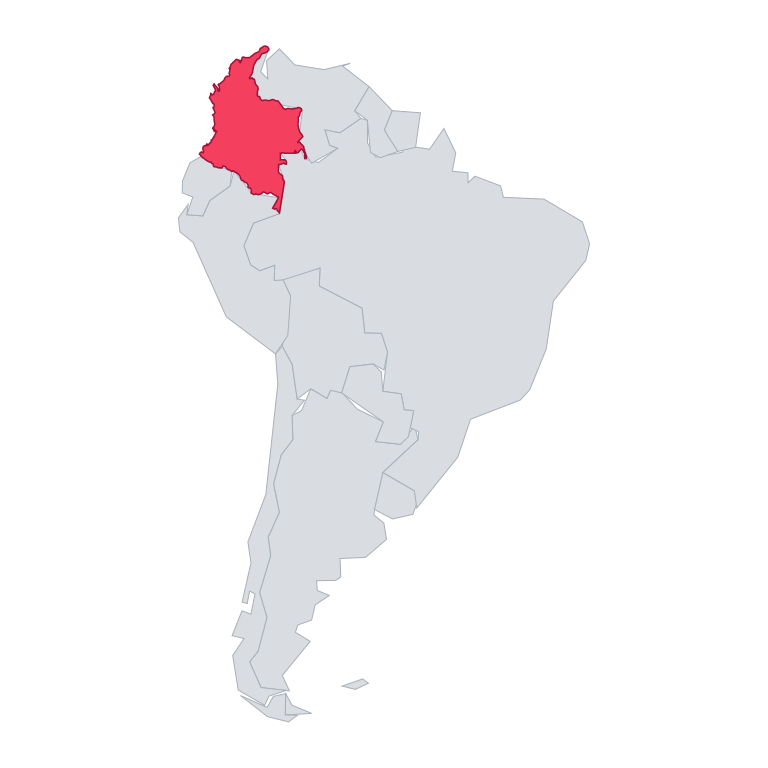 where Colombia sits in South America
{"feature_id": "COL", "entity_name": "Colombia", "entity_type": "country or territory", "adm_level": 0, "iso_a3": "COL", "parent_name": "South America", "parent_adm1": "", "projection": "robinson", "projection_center": [-72.763, 4.099], "detail": "fine", "context": "in_parent", "style": "filled", "palette": "rose", "viewbox_px": 768, "rotation_deg": 0, "n_neighbors": 12, "source": "natural_earth", "source_scale": "50m", "svg_char_len": 9972}
<svg xmlns="http://www.w3.org/2000/svg" viewBox="0 0 768 768"><path d="M285.7,693.6L292.0,705.2L311.7,713.4L285.2,715.0L285.7,693.6ZM382.9,472.5L373.7,514.7L383.9,523.2L386.5,539.3L365.5,557.4L340.0,558.5L340.8,576.9L335.7,580.4L316.5,580.7L317.3,590.5L329.3,595.5L315.2,604.8L311.6,620.0L297.8,625.0L295.4,632.3L310.2,641.4L282.3,675.4L289.4,690.9L261.1,687.6L249.6,661.8L258.0,651.3L266.9,617.5L259.6,592.5L270.6,555.8L268.2,536.9L279.3,512.3L273.5,484.0L281.1,455.0L292.9,439.4L292.0,415.6L301.5,410.6L310.8,388.7L327.0,398.4L330.5,390.3L340.4,390.7L357.3,409.2L383.4,422.0L375.5,441.6L400.4,444.3L414.6,425.9L418.1,439.6L382.9,472.5Z" fill="#d9dde1" stroke="#a8b0b8" stroke-width="1"/><path d="M285.7,693.6L285.2,715.0L297.5,715.2L288.5,721.9L267.6,716.7L240.4,695.5L267.0,707.4L273.4,696.4L285.7,693.6ZM282.3,346.2L292.2,364.4L297.2,399.1L304.5,400.2L292.0,415.6L292.9,439.4L281.1,455.0L273.5,484.0L279.3,512.3L268.2,536.9L270.6,555.8L259.6,592.5L266.9,617.5L258.0,651.3L249.6,661.8L261.1,687.6L286.2,690.4L269.0,696.1L264.6,705.3L238.2,690.0L232.7,655.5L244.0,638.5L232.1,635.7L242.0,610.8L250.9,614.2L255.0,593.8L249.6,591.1L247.2,603.5L242.1,602.1L251.0,562.8L247.9,541.9L265.8,494.6L277.8,384.3L275.5,353.9L282.3,346.2Z" fill="#d9dde1" stroke="#a8b0b8" stroke-width="1"/><path d="M342.1,686.1L362.7,678.9L368.4,683.2L355.4,689.4L342.1,686.1Z" fill="#d9dde1" stroke="#a8b0b8" stroke-width="1"/><path d="M382.9,472.5L414.4,490.8L418.8,497.6L412.9,514.3L392.5,519.0L374.5,509.5L382.9,472.5Z" fill="#d9dde1" stroke="#a8b0b8" stroke-width="1"/><path d="M416.8,508.0L414.4,490.8L382.9,472.5L418.1,439.6L418.6,431.6L410.2,427.8L413.7,410.6L404.2,409.9L401.2,393.9L382.8,391.3L387.5,352.1L381.4,333.4L364.7,333.0L362.0,308.2L319.3,286.1L320.0,268.0L294.1,280.5L274.1,280.5L274.7,265.3L259.7,270.9L250.6,265.0L243.9,245.6L253.5,223.1L280.0,213.4L284.2,181.6L278.9,165.0L286.0,160.6L280.7,153.3L300.8,150.0L305.0,159.1L318.4,162.5L337.6,148.4L329.6,145.4L324.8,129.8L340.0,132.7L360.8,118.4L367.4,120.3L367.5,142.9L375.9,157.2L402.7,152.2L402.9,145.3L429.6,149.2L443.9,128.4L455.8,153.0L452.3,171.2L467.9,172.8L468.1,182.8L474.9,176.2L500.6,185.9L503.4,197.3L544.0,199.1L582.4,221.9L589.6,243.8L585.8,260.4L553.4,301.0L546.2,349.1L529.7,389.8L520.2,400.1L470.5,419.2L457.8,457.1L416.8,508.0Z" fill="#d9dde1" stroke="#a8b0b8" stroke-width="1"/><path d="M283.1,279.9L320.0,268.0L319.3,286.1L362.0,308.2L364.7,333.0L381.4,333.4L387.5,352.1L384.0,370.1L373.2,364.0L349.9,366.7L341.7,392.9L330.5,390.3L327.0,398.4L310.8,388.7L297.2,399.1L292.2,364.4L282.3,346.2L290.6,296.0L283.1,279.9Z" fill="#d9dde1" stroke="#a8b0b8" stroke-width="1"/><path d="M280.0,213.4L253.5,223.1L243.9,245.6L250.6,265.0L259.7,270.9L274.7,265.3L274.1,280.5L283.1,279.9L290.6,296.0L287.8,335.4L275.5,353.9L226.3,316.9L193.0,242.3L179.9,231.8L178.4,217.8L188.1,204.5L186.9,214.7L202.8,215.9L209.9,200.4L230.1,186.0L234.0,171.0L252.0,193.5L278.6,197.7L272.9,207.8L280.0,213.4Z" fill="#d9dde1" stroke="#a8b0b8" stroke-width="1"/><path d="M360.8,118.4L340.0,132.7L324.8,129.8L329.6,145.4L337.6,148.4L311.5,163.2L298.4,142.2L302.5,109.5L261.7,100.5L249.9,78.9L253.4,65.9L261.6,54.3L267.2,52.7L260.7,71.8L267.8,79.0L266.6,60.7L279.4,48.8L294.8,64.9L323.9,69.6L350.3,63.3L342.8,66.2L369.1,86.7L354.7,110.8L360.8,118.4Z" fill="#d9dde1" stroke="#a8b0b8" stroke-width="1"/><path d="M397.9,151.4L380.2,157.7L370.5,152.5L367.4,120.3L354.7,110.8L369.1,86.7L392.3,110.7L384.5,129.8L397.9,151.4Z" fill="#d9dde1" stroke="#a8b0b8" stroke-width="1"/><path d="M415.6,147.3L397.9,151.4L388.5,137.1L384.5,129.8L392.3,110.7L420.4,112.8L415.6,147.3Z" fill="#d9dde1" stroke="#a8b0b8" stroke-width="1"/><path d="M231.6,171.9L230.1,186.0L209.9,200.4L202.8,215.9L186.9,214.7L192.8,197.0L182.2,192.9L182.5,181.0L190.0,162.7L200.9,156.6L231.6,171.9Z" fill="#d9dde1" stroke="#a8b0b8" stroke-width="1"/><path d="M381.3,372.1L382.8,391.3L401.2,393.9L404.2,409.9L413.7,410.6L408.5,436.6L400.4,444.3L375.5,441.6L383.4,422.0L341.7,392.9L349.9,366.7L373.2,364.0L381.3,372.1Z" fill="#d9dde1" stroke="#a8b0b8" stroke-width="1"/><path d="M267.3,51.8L265.4,52.7L261.7,53.8L261.3,54.4L259.2,58.5L257.4,59.3L256.8,59.9L255.3,62.1L254.9,63.1L253.7,65.5L253.1,68.5L252.5,72.5L252.0,73.7L250.6,76.0L249.4,78.2L249.4,78.5L249.6,78.7L250.9,78.5L252.1,77.8L252.5,78.0L252.9,79.1L253.4,79.2L253.9,79.1L254.4,79.3L255.5,84.1L257.7,86.6L257.9,87.5L258.2,89.5L257.5,90.8L257.2,94.3L257.2,95.2L257.5,95.9L257.9,96.3L259.6,96.7L260.6,99.4L261.3,100.1L262.3,100.5L264.7,100.1L266.2,100.2L268.3,100.6L269.1,100.5L270.1,100.5L271.9,99.6L272.5,99.5L273.2,99.6L274.3,100.0L275.6,100.7L276.7,100.9L277.9,100.9L278.2,101.0L284.1,109.2L284.7,108.9L285.1,109.0L285.5,109.4L286.1,109.3L287.0,108.6L288.4,108.4L290.2,108.8L292.5,108.9L295.4,108.4L297.2,108.0L297.9,107.5L299.0,107.6L300.4,108.0L301.2,108.6L301.6,110.2L301.3,111.1L300.4,112.1L299.9,113.3L299.8,114.8L299.4,115.9L298.5,116.7L298.2,117.7L298.4,119.1L298.3,121.1L298.0,123.8L298.0,125.3L298.3,125.9L298.5,126.6L298.5,127.6L298.6,128.4L299.0,129.5L299.7,131.8L300.2,132.7L301.1,133.5L302.8,136.3L302.6,137.0L302.4,137.2L301.0,138.5L298.2,141.5L297.9,141.9L297.9,142.5L298.8,142.1L300.1,142.5L300.3,142.7L300.5,143.5L301.2,144.0L302.1,144.8L302.8,145.7L303.7,146.5L303.8,147.1L303.6,147.7L304.1,149.0L304.4,149.4L304.5,149.9L304.4,150.4L304.7,151.0L305.6,153.6L305.7,154.4L305.9,154.8L306.2,155.8L306.6,156.8L306.5,157.5L306.6,158.2L305.0,158.6L304.8,158.6L304.7,158.3L304.7,154.3L304.5,153.4L302.4,149.6L302.0,149.2L301.5,149.2L301.1,149.3L300.6,149.7L300.2,150.1L298.3,152.5L297.8,152.8L297.3,152.9L296.8,152.9L296.4,152.5L295.6,150.9L295.0,150.5L294.8,150.8L294.5,152.0L295.2,153.2L285.1,153.2L284.4,153.2L283.7,152.8L283.1,152.7L282.8,152.7L282.1,153.0L281.4,153.1L280.8,153.4L280.4,153.3L280.4,159.8L280.8,159.6L281.3,159.6L281.6,159.8L282.4,159.7L283.7,159.8L284.0,160.0L284.3,160.0L284.7,159.8L285.1,159.9L285.6,160.3L286.2,161.4L286.5,161.8L286.4,162.9L286.3,163.3L286.5,163.8L286.5,164.0L286.4,164.1L285.4,164.1L285.2,163.9L284.7,163.9L284.4,163.7L284.2,163.4L283.7,163.1L283.2,163.2L282.3,163.8L281.9,163.8L281.5,163.9L280.8,164.3L278.6,164.6L278.4,171.8L278.7,172.4L279.7,173.6L280.6,174.2L281.3,174.9L282.0,175.2L282.3,175.5L282.5,175.9L282.7,176.8L282.4,177.6L282.5,178.0L282.7,178.4L283.1,179.6L283.9,180.4L283.9,181.3L284.3,181.9L284.4,182.4L284.2,182.9L284.0,184.6L283.7,186.6L279.5,212.4L279.3,212.8L278.9,212.0L278.2,211.3L277.6,210.9L276.9,209.2L276.0,208.5L275.7,208.6L275.3,208.9L274.8,209.1L274.4,209.1L272.6,208.2L278.4,197.9L278.5,197.4L278.2,197.0L276.9,196.5L276.5,195.9L275.8,195.7L275.4,195.3L274.5,194.9L274.0,194.6L273.3,194.5L272.8,193.8L271.0,192.6L270.5,192.5L269.2,192.9L268.5,193.5L267.6,193.8L266.7,193.7L266.3,193.3L265.8,193.2L265.3,192.6L263.6,191.9L263.1,192.1L261.5,193.7L260.9,193.7L260.2,194.2L259.5,194.4L257.9,194.7L255.9,193.9L255.1,194.3L254.2,194.5L253.6,194.5L253.1,194.3L252.7,193.8L251.2,193.2L251.0,192.5L251.5,191.2L250.8,188.7L250.6,188.3L250.2,188.1L249.5,188.2L248.7,187.8L248.2,187.3L247.9,186.8L248.2,185.8L248.0,184.9L247.5,184.4L247.2,183.6L246.7,182.9L246.1,182.5L245.4,182.6L245.0,182.4L244.4,181.7L243.9,181.4L243.3,180.7L242.1,180.4L241.6,180.1L240.8,178.9L240.8,178.5L240.6,178.1L240.1,176.2L239.6,175.6L238.3,174.1L237.1,173.4L236.7,172.4L235.9,172.4L235.4,172.3L234.9,172.0L233.7,170.9L232.9,170.8L232.4,171.5L230.8,170.8L229.5,169.8L228.0,169.5L227.1,168.9L225.8,167.3L225.5,167.0L223.7,166.0L223.3,165.9L222.6,166.4L222.4,166.6L222.3,167.8L221.7,168.1L220.8,168.0L220.1,167.7L219.6,167.7L219.5,167.9L219.3,168.0L218.8,167.9L217.2,167.4L216.2,166.9L215.8,166.9L214.7,166.8L213.7,166.5L213.5,166.2L213.1,164.0L213.0,163.9L211.9,163.5L211.5,163.2L211.0,162.0L209.9,162.2L208.1,161.4L205.7,159.9L203.9,158.4L202.4,157.6L201.9,156.8L200.8,155.9L200.6,155.2L199.4,154.2L200.0,152.9L201.4,151.9L203.3,152.7L203.6,151.2L202.9,149.8L203.0,147.3L203.2,146.8L203.7,146.2L204.4,145.7L204.8,145.6L205.4,145.8L205.8,145.3L207.4,145.5L207.9,145.3L208.6,144.7L209.0,144.1L209.3,143.4L209.6,143.2L210.1,143.2L210.1,142.9L210.4,142.5L211.4,141.6L211.3,141.2L211.1,140.3L211.2,140.0L212.3,139.7L213.6,137.0L214.1,136.9L214.4,135.7L215.1,134.6L216.6,131.3L216.2,131.4L215.8,131.8L215.4,131.7L215.0,131.5L215.1,130.0L214.8,129.8L214.1,131.0L213.5,129.8L213.5,129.1L213.7,128.4L213.7,127.9L212.7,128.3L212.7,127.9L213.4,127.4L213.6,126.9L214.2,126.4L214.4,125.7L214.8,123.2L214.6,122.6L214.3,122.0L214.1,119.6L214.1,118.3L214.0,117.2L213.8,116.3L212.6,115.0L214.4,113.7L215.1,112.6L214.3,110.5L213.2,108.6L213.2,107.6L213.4,107.7L213.8,107.7L214.2,105.4L214.1,104.7L213.5,103.5L212.7,103.5L212.0,102.0L211.6,101.7L211.3,100.8L210.3,99.0L209.4,98.1L210.1,96.0L210.6,95.6L210.8,95.0L210.6,93.7L210.7,93.4L210.8,93.3L211.1,93.5L211.6,94.1L211.9,94.8L212.2,95.0L212.6,94.8L214.3,93.4L214.2,92.9L214.3,92.1L214.9,91.3L215.5,91.1L215.6,90.7L215.5,90.1L214.9,88.5L214.3,87.7L214.0,86.9L213.8,86.1L213.2,85.4L213.4,84.8L213.9,84.0L214.1,83.8L214.4,84.1L215.1,85.5L216.2,86.4L217.4,87.9L217.9,89.0L218.3,89.1L218.7,89.5L218.5,89.8L218.1,90.1L218.0,90.7L218.3,91.0L218.5,91.2L219.2,91.1L219.6,90.4L219.4,87.3L219.0,85.8L218.5,85.3L218.1,84.7L218.4,84.2L219.1,84.0L220.1,83.5L223.8,80.5L225.0,77.8L226.0,76.8L227.0,76.1L228.3,76.3L229.4,75.9L229.7,75.0L229.4,73.8L229.0,73.1L229.4,72.1L229.8,70.5L229.8,69.2L230.3,68.4L230.1,68.1L229.4,68.7L228.8,69.0L230.1,67.1L230.7,65.1L231.1,64.3L232.5,63.1L232.8,62.6L233.9,61.7L235.7,59.8L236.4,59.3L239.8,60.5L240.9,60.5L240.7,60.7L240.2,60.8L239.5,61.1L239.3,61.8L239.8,62.6L240.3,62.8L240.7,62.3L241.2,60.9L241.9,59.4L242.0,57.8L242.6,57.2L243.3,57.0L245.6,57.7L246.6,57.7L249.8,57.5L255.0,53.3L257.4,52.4L258.9,51.5L259.9,49.8L260.2,48.5L260.9,48.0L261.6,48.0L262.0,47.7L262.1,47.3L263.9,46.2L264.9,46.1L265.8,46.1L267.8,47.1L268.8,48.8L268.9,50.0L267.6,51.2L267.3,51.8ZM207.4,145.0L207.2,145.2L206.7,144.8L206.6,144.3L206.9,143.9L207.2,144.1L207.4,144.4L207.4,145.0Z" fill="#f43f5e" stroke="#9f1239" stroke-width="1.5"/></svg>